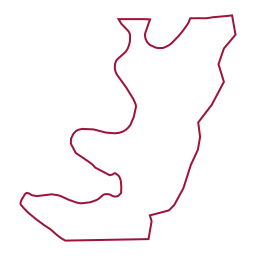 Lake, Tennessee, United States of America
{"feature_id": "52423323B1781163354371", "entity_name": "Lake", "entity_type": "district", "adm_level": 2, "iso_a3": "USA", "parent_name": "United States of America", "parent_adm1": "Tennessee", "projection": "robinson", "projection_center": [-89.539, 36.344], "detail": "fine", "context": "isolated", "style": "outline", "palette": "rose", "viewbox_px": 256, "rotation_deg": 0, "n_neighbors": 0, "source": "geoboundaries", "source_scale": "gbopen_adm2", "svg_char_len": 1618}
<svg xmlns="http://www.w3.org/2000/svg" viewBox="0 0 256 256"><path d="M65.3,240.6L148.5,239.1L151.6,221.3L149.9,215.4L168.9,210.4L174.2,205.1L183.4,188.2L190.9,164.8L197.9,149.7L200.1,136.9L198.2,122.5L211.8,104.7L223.9,81.9L218.5,64.2L223.9,48.5L235.5,34.7L232.1,15.4L225.9,16.1L212.1,17.3L211.1,17.6L205.6,18.3L198.1,18.2L190.2,18.3L188.8,22.0L186.9,25.2L183.1,30.5L178.8,35.8L171.9,42.9L169.2,45.1L164.8,47.3L162.7,48.0L158.2,48.1L155.4,47.5L149.7,44.8L147.1,42.1L145.6,38.8L145.1,36.6L144.9,34.7L145.4,32.7L149.4,21.2L150.1,19.4L146.0,19.2L142.7,19.1L118.5,19.1L121.3,23.7L128.2,30.9L129.4,32.8L130.1,35.1L130.0,41.0L129.2,44.6L127.8,48.4L126.7,50.2L125.5,52.0L117.5,59.1L116.0,61.0L115.1,63.8L114.8,66.8L114.9,69.3L115.6,71.7L116.7,74.3L126.7,88.2L133.4,99.2L135.5,103.9L136.0,106.2L135.9,107.2L133.8,116.9L130.4,124.9L128.2,127.7L125.7,129.9L122.8,131.6L119.2,132.8L115.1,133.3L106.0,132.6L93.5,129.4L82.4,128.9L79.4,129.5L76.4,130.7L73.4,133.8L71.1,138.5L70.8,143.1L71.4,144.7L75.8,153.0L88.7,161.7L91.9,164.1L95.4,167.7L109.6,175.2L112.6,174.5L114.2,173.3L115.2,173.2L118.3,175.4L119.4,176.9L120.7,180.3L121.3,186.5L121.1,193.0L118.5,195.7L117.1,196.3L115.2,196.6L112.8,196.1L110.0,194.6L107.4,194.1L105.0,194.2L103.3,194.8L98.1,199.2L95.9,200.3L90.2,202.3L81.3,203.3L78.9,203.1L76.1,202.4L68.3,199.6L61.0,196.2L57.9,195.2L51.8,194.3L36.7,196.1L31.9,195.2L28.9,193.4L26.6,192.9L24.7,194.4L23.9,196.0L21.7,199.5L20.7,202.0L20.5,203.2L20.7,204.4L21.2,205.1L24.0,208.4L28.1,212.6L32.6,216.3L35.8,219.0L44.9,225.7L50.4,229.2L56.3,234.5L61.0,238.1L65.3,240.6Z" fill="none" stroke="#9f1239" stroke-width="2"/></svg>